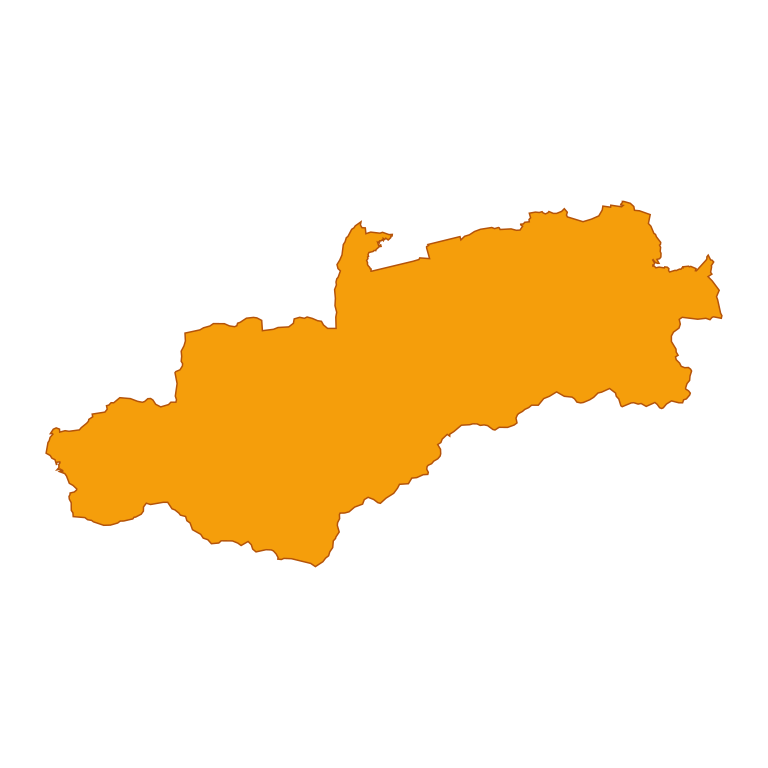 Manastirea Casin, Bacau, Romania
{"feature_id": "2599482B49837336791964", "entity_name": "Manastirea Casin", "entity_type": "district", "adm_level": 2, "iso_a3": "ROU", "parent_name": "Romania", "parent_adm1": "Bacau", "projection": "robinson", "projection_center": [26.602, 46.097], "detail": "fine", "context": "isolated", "style": "filled", "palette": "amber", "viewbox_px": 768, "rotation_deg": 0, "n_neighbors": 0, "source": "geoboundaries", "source_scale": "gbopen_adm2", "svg_char_len": 6076}
<svg xmlns="http://www.w3.org/2000/svg" viewBox="0 0 768 768"><path d="M328.6,555.8L329.8,551.8L332.7,547.6L333.3,540.9L335.5,538.5L335.9,537.0L339.2,532.0L337.3,525.4L337.6,522.6L339.6,518.7L339.4,514.5L340.1,513.1L344.7,513.0L349.1,511.8L354.6,507.1L362.6,504.1L364.3,499.6L368.1,497.3L373.7,499.5L377.9,502.7L380.4,503.3L386.1,498.1L393.7,493.3L397.5,488.2L399.5,484.3L408.4,483.7L411.8,478.1L416.8,477.6L423.2,474.7L427.8,474.4L428.3,472.3L426.7,469.2L427.1,466.5L428.3,465.2L431.6,463.7L433.8,461.1L437.8,458.8L440.1,456.1L440.7,453.8L440.5,449.3L437.7,444.5L440.9,442.5L442.2,439.1L447.2,434.4L449.7,436.1L449.7,434.2L453.8,431.6L461.4,425.2L469.8,424.7L472.8,423.8L477.1,423.9L480.2,425.4L484.1,424.9L487.6,425.6L492.9,429.5L495.0,430.0L499.1,427.3L507.6,427.4L514.2,425.0L517.0,422.9L516.0,418.1L517.4,414.9L518.6,413.6L522.5,411.4L524.8,409.4L528.7,407.6L531.6,405.2L538.3,405.2L543.7,398.6L549.4,396.3L556.6,391.9L564.3,396.3L572.0,397.1L574.5,398.8L576.9,402.1L580.6,402.9L583.3,402.5L589.7,399.8L593.7,397.3L598.0,393.0L601.7,392.1L609.6,388.5L615.5,393.0L616.3,396.3L618.8,399.0L620.9,405.8L622.2,406.7L631.3,402.9L633.8,402.7L638.1,404.1L641.1,403.5L646.2,406.4L654.9,402.5L657.2,404.4L659.6,407.7L661.6,408.5L663.3,407.8L666.5,404.0L671.5,400.9L678.9,402.8L682.6,402.8L683.6,399.8L686.4,398.9L689.7,395.0L690.3,393.1L688.6,390.9L685.7,389.0L685.6,388.0L687.0,383.6L689.6,380.4L690.0,376.0L691.6,371.0L690.6,369.2L688.4,367.5L684.7,367.7L681.2,366.3L679.6,363.1L676.2,359.7L675.5,356.8L678.1,355.3L676.2,352.1L676.0,349.1L671.4,341.5L671.4,336.0L673.5,332.1L679.0,328.1L680.3,324.1L679.2,319.4L682.2,317.3L697.7,319.2L705.9,318.3L710.0,319.7L712.0,317.4L713.5,316.8L721.3,318.3L721.9,315.7L720.6,313.2L717.6,299.6L716.5,296.7L719.2,290.3L712.2,280.9L708.0,276.6L711.9,274.1L710.6,272.3L711.6,266.9L711.3,265.7L713.7,262.0L712.1,260.2L710.6,259.9L708.2,255.1L706.9,256.8L706.8,259.1L706.0,260.2L696.4,270.8L695.4,270.7L696.0,268.6L690.8,266.4L689.2,266.8L688.6,266.2L682.8,266.8L683.0,267.8L682.2,267.7L680.8,269.3L679.5,269.1L676.1,270.6L675.1,270.3L669.6,272.0L668.6,270.5L668.9,268.6L667.3,267.2L664.7,266.9L664.3,267.9L659.1,267.1L655.8,267.8L654.3,266.1L652.9,266.1L652.8,265.0L653.7,264.8L654.7,263.2L652.7,260.0L653.1,259.6L654.7,262.0L657.3,263.3L659.0,263.3L656.9,259.4L659.6,258.7L660.9,257.0L661.0,253.3L660.2,251.4L660.6,247.3L659.5,245.1L660.5,244.2L660.7,242.4L656.4,236.8L655.5,234.4L653.9,233.4L650.9,226.2L648.4,223.5L650.2,214.6L639.5,210.8L634.5,210.3L633.8,206.5L630.3,203.3L623.6,201.4L622.4,201.4L622.6,202.2L620.9,204.2L620.7,204.9L623.2,205.4L621.6,206.8L610.8,205.2L610.6,207.2L602.9,206.1L602.2,210.1L598.8,215.9L591.3,219.2L583.0,221.7L567.4,216.9L566.5,215.1L567.3,212.2L564.3,208.7L561.6,211.4L556.6,213.4L553.3,213.4L548.9,211.5L548.0,212.7L545.4,213.9L543.1,212.9L542.1,211.7L539.3,212.5L535.4,212.1L529.3,213.2L530.6,217.8L529.0,219.5L529.3,221.8L524.7,222.3L523.4,223.9L520.7,224.2L520.7,224.8L522.6,226.2L520.0,230.1L516.3,230.3L511.1,228.9L500.1,229.5L499.3,227.9L498.4,227.5L494.6,228.6L491.8,227.5L480.4,229.3L474.5,231.5L469.4,234.8L464.6,236.3L460.9,239.9L460.0,236.6L427.9,244.5L428.6,245.5L426.6,246.6L426.6,247.9L429.6,258.6L419.7,257.9L419.0,259.5L412.9,261.3L371.6,271.2L371.0,271.2L371.1,269.0L370.2,268.8L369.9,267.6L367.9,265.4L367.4,264.0L367.6,262.8L366.6,260.4L367.9,258.7L367.6,256.9L368.6,256.3L368.0,254.7L368.9,252.5L373.0,251.5L374.0,250.5L375.8,250.6L376.0,249.6L379.4,246.6L381.1,246.4L380.7,244.9L378.6,245.5L377.7,242.6L378.1,242.9L378.4,242.0L379.1,242.6L379.0,242.1L379.8,241.8L379.8,240.8L381.4,240.7L382.2,239.8L383.2,240.6L383.2,238.4L384.6,239.6L385.8,238.2L388.2,240.0L390.8,237.6L390.8,236.2L392.1,236.0L392.3,234.4L389.0,234.6L382.5,232.3L380.0,233.2L370.7,232.1L365.9,233.7L365.3,227.9L362.0,227.7L360.4,225.0L361.0,221.8L355.2,225.9L354.0,227.8L351.7,229.3L347.9,236.5L346.3,237.7L345.1,241.7L343.3,244.6L342.0,254.9L339.8,260.0L337.0,264.6L338.0,268.6L340.4,270.9L338.1,277.3L336.8,278.8L336.0,282.0L336.4,285.0L334.6,289.6L335.4,298.4L335.0,305.7L336.7,312.3L335.8,317.1L336.1,328.4L327.6,328.4L323.5,325.0L321.4,321.3L317.6,320.7L312.3,318.4L307.1,317.0L304.4,318.3L299.7,317.3L294.2,318.9L293.4,323.3L288.7,326.9L278.0,327.5L273.5,329.3L262.4,330.7L261.7,320.4L256.9,317.9L253.5,317.4L246.4,318.2L240.2,322.3L237.6,323.2L236.8,325.7L234.6,326.7L229.4,325.9L224.4,323.7L213.4,323.6L209.9,326.0L203.5,327.8L199.9,329.9L185.0,333.1L185.4,341.0L184.0,345.8L181.2,351.2L181.7,356.3L181.2,361.3L182.6,363.6L182.4,366.0L180.0,369.8L175.8,371.6L175.0,372.7L177.1,383.6L175.3,396.1L176.5,399.7L175.9,402.2L170.9,402.2L168.5,404.6L160.7,406.9L155.7,404.3L152.9,400.0L150.6,398.5L147.8,398.7L144.6,401.5L142.4,402.3L137.5,401.3L130.4,398.6L119.8,397.7L113.7,402.8L111.1,402.7L108.8,405.1L106.5,405.7L107.2,409.2L104.9,412.1L92.2,414.1L92.7,416.8L88.8,419.4L88.4,421.3L86.6,423.3L81.2,427.7L79.4,429.9L69.0,431.3L65.1,430.7L59.7,432.1L59.5,429.1L56.2,427.9L53.3,429.2L50.4,433.6L52.4,433.5L52.9,434.2L50.1,437.4L49.2,440.7L48.0,442.5L46.1,453.2L50.2,455.5L51.9,458.2L55.0,459.7L56.4,464.4L56.9,464.2L56.5,463.1L57.0,462.2L59.8,461.9L60.0,462.8L58.8,464.6L58.9,467.6L57.0,469.8L60.3,469.1L62.7,470.5L62.7,471.3L60.6,470.6L59.2,471.5L64.8,473.6L66.5,476.0L69.3,483.3L73.0,485.4L76.8,489.0L76.5,490.1L74.3,492.0L70.1,493.0L70.0,494.7L69.0,496.4L69.3,499.1L71.2,502.7L71.3,510.4L72.9,512.8L73.2,516.6L84.9,517.6L87.6,519.7L91.6,520.4L93.4,521.8L103.7,525.3L110.4,525.1L117.7,523.0L120.2,521.1L123.7,521.0L132.8,518.9L134.1,517.2L135.6,517.1L141.2,514.2L143.4,511.1L143.5,507.0L146.3,503.2L150.5,504.5L163.2,502.3L167.7,502.3L172.0,508.8L174.9,509.9L178.9,513.1L180.4,515.1L185.6,516.5L186.9,520.7L190.1,523.0L192.5,529.7L200.7,534.3L203.2,538.1L207.8,539.7L211.4,543.7L218.8,543.0L221.2,540.8L232.4,540.9L237.8,543.1L241.1,545.5L248.1,541.5L251.3,544.7L252.7,549.1L256.0,551.9L266.0,549.7L271.3,549.9L273.4,550.9L276.2,554.0L278.1,557.6L277.8,559.1L281.4,559.5L283.9,558.4L291.5,558.7L310.7,563.4L315.4,566.6L322.9,561.7L325.6,558.1L328.6,555.8Z" fill="#f59e0b" stroke="#b45309" stroke-width="1.5"/></svg>